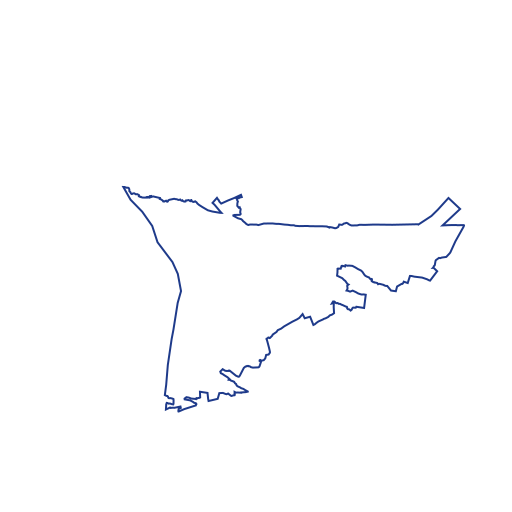 the district of Pomarla, Botosani, Romania, rotated 313°
{"feature_id": "2599482B28021432956179", "entity_name": "Pomarla", "entity_type": "district", "adm_level": 2, "iso_a3": "ROU", "parent_name": "Romania", "parent_adm1": "Botosani", "projection": "mercator", "projection_center": [26.307, 48.065], "detail": "fine", "context": "isolated", "style": "outline", "palette": "blue", "viewbox_px": 512, "rotation_deg": 313, "n_neighbors": 0, "source": "geoboundaries", "source_scale": "gbopen_adm2", "svg_char_len": 6109}
<svg xmlns="http://www.w3.org/2000/svg" viewBox="0 0 512 512"><g transform="rotate(313 256 256)"><path d="M420.2,386.8L415.8,382.2L415.1,381.2L410.6,376.5L405.6,371.6L429.6,373.2L429.7,357.2L413.8,357.4L404.9,357.0L389.7,353.3L389.6,352.7L371.8,334.4L359.4,320.8L353.3,314.7L349.4,310.4L347.5,309.2L343.5,305.1L342.9,303.7L342.4,301.6L342.5,301.0L342.3,300.3L341.8,299.4L340.8,299.0L339.8,298.2L337.8,297.8L337.3,297.5L335.8,295.4L333.3,296.3L331.3,295.7L330.2,294.9L328.9,292.4L327.6,290.4L326.9,290.4L326.7,290.0L326.9,289.7L326.0,288.3L326.0,287.8L322.6,283.8L320.5,281.6L314.4,274.9L313.1,273.2L307.5,267.4L304.9,264.2L304.3,262.7L302.3,260.6L300.6,258.1L298.4,255.4L295.4,251.2L293.0,248.5L291.1,245.9L285.1,239.6L280.2,236.6L279.4,235.1L275.0,230.2L273.4,229.2L272.8,227.2L272.9,225.7L272.7,222.5L272.9,221.8L272.9,220.2L271.3,217.1L270.0,212.0L270.3,211.7L271.4,212.3L275.0,216.0L275.4,216.2L276.0,216.2L276.3,216.1L277.2,214.6L279.8,212.8L280.0,211.8L280.5,210.8L279.6,210.5L279.9,208.1L282.0,206.3L283.5,205.6L283.9,204.3L284.5,203.5L284.9,203.2L284.7,202.8L284.7,202.6L285.6,202.8L286.5,204.0L287.4,204.1L289.4,205.4L290.5,203.3L283.3,200.4L277.6,197.7L270.6,194.8L270.8,192.0L271.4,190.7L271.4,189.8L271.9,187.8L265.2,188.0L265.2,190.8L264.1,199.7L264.0,201.3L263.0,200.2L258.8,193.8L256.6,189.6L255.2,183.3L254.5,179.4L254.4,177.3L254.7,176.0L254.5,174.2L253.4,173.8L252.7,173.2L252.7,172.7L252.3,171.8L252.5,171.0L252.8,170.5L252.7,170.4L251.3,170.5L251.2,170.2L251.2,169.8L251.0,168.6L250.8,168.4L249.8,167.8L248.9,166.9L247.9,167.3L247.4,167.0L247.3,166.6L246.8,166.3L246.4,165.1L246.5,164.3L246.0,164.3L245.6,163.7L245.6,162.0L244.8,161.7L244.2,161.1L243.7,160.1L243.6,159.6L243.3,159.1L242.9,158.7L242.0,157.1L238.0,154.3L236.8,153.9L235.8,154.3L235.1,154.0L235.0,153.3L235.1,152.5L233.3,151.8L232.8,151.2L233.0,150.9L232.7,150.6L232.9,149.9L232.7,148.2L232.1,146.7L232.9,146.2L232.5,145.5L229.4,140.1L227.4,139.0L228.3,138.3L227.5,137.6L226.5,138.3L225.9,138.2L225.3,137.2L225.3,136.9L225.5,136.7L224.6,135.9L224.2,136.3L221.4,133.2L220.4,131.3L220.6,131.2L219.8,129.6L220.7,128.9L220.7,128.7L220.2,126.9L219.2,126.1L218.8,124.2L217.9,123.4L216.7,123.0L216.5,122.7L216.5,121.8L217.0,120.6L217.0,119.3L218.4,117.8L218.9,116.5L218.6,115.7L217.9,115.1L217.5,114.4L216.8,112.8L216.0,111.9L211.6,125.9L210.8,142.6L207.2,159.6L198.9,174.6L194.6,199.0L189.6,211.0L179.2,225.1L168.3,230.7L145.9,245.8L137.8,250.9L116.2,265.8L100.5,278.2L92.1,284.2L92.6,285.9L93.2,286.7L93.1,287.6L92.7,288.2L92.5,289.0L92.8,289.5L93.7,290.3L94.6,291.9L95.1,293.1L94.5,293.9L91.7,296.4L91.0,296.7L90.3,295.7L89.4,293.6L88.5,292.9L88.1,291.5L87.7,290.9L86.3,291.5L82.3,294.8L86.6,296.5L86.8,296.9L86.7,297.2L88.3,298.6L89.4,299.9L94.4,303.4L93.6,304.6L91.4,303.7L90.0,304.8L89.8,304.8L89.4,305.3L89.5,305.5L95.2,308.0L105.7,313.9L106.2,313.5L107.0,313.4L107.0,312.9L107.3,312.6L107.3,312.4L106.4,310.7L106.3,309.3L105.5,306.3L102.5,301.6L103.0,301.0L105.3,301.4L106.6,303.4L107.6,305.9L110.1,309.1L110.4,309.7L111.4,309.4L111.5,309.7L111.5,310.1L112.5,310.4L113.9,311.5L114.5,311.6L118.5,307.6L122.8,313.9L118.9,318.4L117.6,320.2L125.4,325.4L130.7,322.7L133.3,325.2L134.3,327.8L134.9,328.8L136.4,329.4L136.7,333.0L136.9,333.5L139.2,334.8L139.3,335.1L139.6,335.3L140.4,334.8L140.8,334.0L141.7,333.6L141.7,333.3L142.0,333.0L142.2,333.7L142.2,334.3L143.6,335.6L145.9,338.4L146.1,338.2L149.4,341.3L151.2,342.5L151.3,342.4L150.5,339.3L150.2,337.4L149.2,335.3L149.1,334.2L148.1,331.2L148.2,329.9L148.8,328.8L148.6,327.5L149.1,325.8L148.7,325.1L148.7,324.5L147.8,322.8L147.9,321.4L147.3,321.1L146.8,320.4L147.4,320.2L147.7,320.9L147.9,320.4L147.9,317.8L147.1,313.8L146.9,312.1L146.3,310.2L147.1,308.7L150.5,308.8L151.0,311.5L151.7,312.7L153.9,315.0L154.1,314.8L154.2,315.0L154.8,323.0L155.6,325.3L155.9,325.7L156.3,325.9L157.7,325.7L165.9,323.4L168.1,323.7L168.6,324.2L169.4,324.4L170.2,325.6L170.4,325.5L171.1,326.9L171.2,328.0L172.2,329.8L176.2,333.7L176.9,333.9L177.7,333.8L182.1,331.8L181.7,330.2L182.2,329.8L182.8,329.9L183.0,330.3L183.0,331.3L185.1,332.7L187.4,332.6L190.6,330.9L192.5,332.4L194.8,332.1L195.6,331.3L197.7,328.2L201.1,322.8L202.1,321.1L202.4,320.3L202.7,320.1L203.5,320.5L204.8,320.6L205.1,321.1L205.2,321.9L205.5,322.1L208.9,322.2L209.9,321.8L214.4,322.8L216.6,322.5L220.0,323.9L223.8,324.6L232.8,327.4L237.6,329.2L240.3,329.9L245.3,329.7L243.7,334.1L248.5,337.0L244.7,345.0L246.3,345.6L248.3,345.8L250.7,346.3L255.4,348.3L256.1,348.4L257.9,349.4L260.7,350.4L263.0,350.5L264.8,351.5L267.4,352.1L271.7,347.6L274.2,345.4L274.5,344.9L273.0,343.9L275.3,343.4L276.1,344.3L276.2,345.2L276.1,346.4L276.3,347.0L277.3,347.8L277.4,349.0L278.4,350.3L278.7,351.8L279.1,352.5L280.3,356.3L280.8,357.1L280.5,357.8L279.8,358.5L279.8,359.1L279.8,359.5L280.6,360.7L280.6,362.4L281.8,362.6L283.6,362.1L284.5,362.2L286.2,364.2L287.3,364.0L291.7,370.5L302.5,362.7L301.3,360.9L299.9,359.6L299.2,358.3L298.3,356.3L297.7,353.7L296.6,350.3L294.1,349.1L293.3,347.1L292.5,345.8L293.8,345.5L294.6,345.1L295.6,344.1L296.2,343.2L296.7,342.9L298.2,343.1L298.0,342.5L298.0,341.5L298.7,338.2L298.5,337.0L298.6,334.2L296.9,328.7L299.5,326.8L302.1,324.5L302.4,324.8L302.8,324.6L304.5,326.6L306.3,325.7L306.5,325.9L307.2,325.4L307.7,325.8L309.1,328.3L310.3,327.7L311.4,329.7L312.3,330.4L314.5,333.2L315.4,336.5L316.0,339.5L317.0,342.7L317.0,344.6L316.2,348.0L316.1,349.5L316.6,351.4L317.4,353.3L317.1,354.8L317.2,355.3L318.1,356.2L318.1,356.6L317.6,357.1L316.7,357.3L316.5,357.9L316.8,358.3L316.8,359.4L316.9,359.8L317.4,360.2L317.6,361.1L318.0,361.4L318.9,363.1L318.6,364.5L319.5,364.9L320.1,365.7L322.0,369.2L321.9,369.5L322.0,370.0L322.7,371.4L323.6,372.4L322.8,378.3L325.6,382.3L329.9,380.0L334.9,381.5L335.5,382.1L337.0,382.0L338.0,381.6L339.7,385.4L346.4,382.2L347.4,383.3L348.9,385.9L353.5,392.2L355.6,396.9L356.3,399.3L356.7,400.1L368.4,398.9L368.5,394.0L368.0,393.5L368.7,393.5L369.8,393.0L370.8,393.1L371.4,392.9L374.9,390.6L375.6,390.4L379.4,391.1L380.1,392.2L381.5,392.9L385.1,395.8L390.1,395.8L391.1,395.7L402.8,391.8L418.4,388.0L420.1,387.4L420.3,387.2L420.2,386.8Z" fill="none" stroke="#1e3a8a" stroke-width="2"/></g></svg>